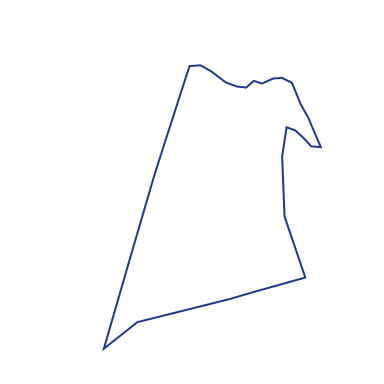 the district of Telha, Sergipe, Brazil, rotated 340°
{"feature_id": "56859067B37767461390703", "entity_name": "Telha", "entity_type": "district", "adm_level": 2, "iso_a3": "BRA", "parent_name": "Brazil", "parent_adm1": "Sergipe", "projection": "albers", "projection_center": [-36.872, -10.187], "detail": "fine", "context": "isolated", "style": "outline", "palette": "blue", "viewbox_px": 384, "rotation_deg": 340, "n_neighbors": 0, "source": "geoboundaries", "source_scale": "gbopen_adm2", "svg_char_len": 544}
<svg xmlns="http://www.w3.org/2000/svg" viewBox="0 0 384 384"><g transform="rotate(340 192 192)"><path d="M326.7,162.1L324.1,146.5L323.3,123.6L315.4,115.4L306.9,113.1L294.9,114.0L288.0,108.7L278.7,112.4L270.2,108.2L261.3,100.7L251.1,84.9L243.2,75.8L232.7,72.9L224.6,83.2L171.6,151.4L163.3,162.1L117.4,224.5L55.6,309.1L96.2,295.6L176.6,304.0L189.8,305.4L212.2,306.8L269.2,311.1L270.6,246.6L288.8,189.6L303.0,163.5L310.0,169.3L315.2,179.2L319.7,189.9L328.4,193.9L327.2,173.3L326.7,162.1Z" fill="none" stroke="#1e3a8a" stroke-width="2"/></g></svg>